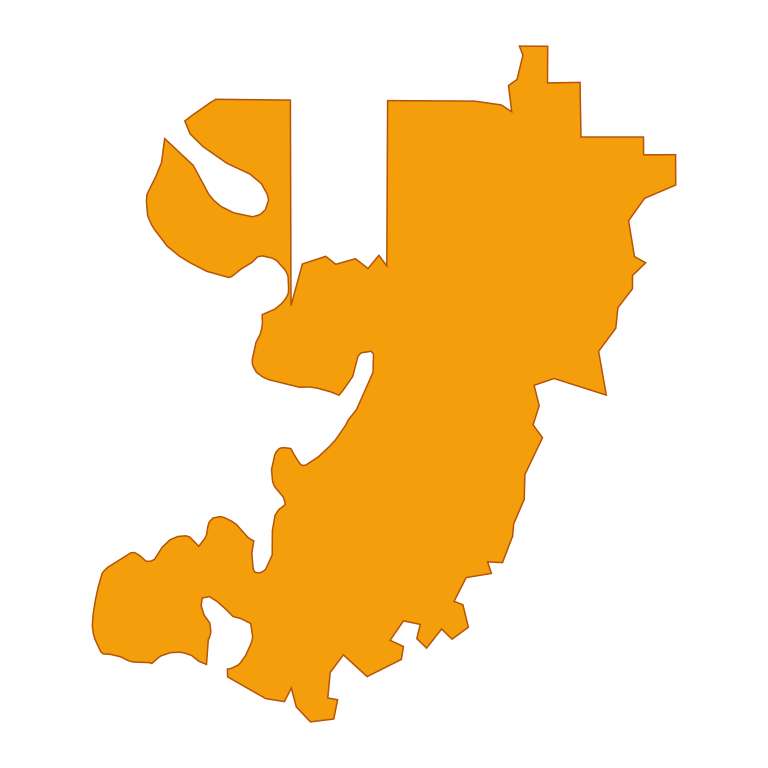 outline of Warren, Mississippi, United States of America
{"feature_id": "52423323B35376266327581", "entity_name": "Warren", "entity_type": "district", "adm_level": 2, "iso_a3": "USA", "parent_name": "United States of America", "parent_adm1": "Mississippi", "projection": "equal_earth", "projection_center": [-90.955, 32.349], "detail": "fine", "context": "isolated", "style": "filled", "palette": "amber", "viewbox_px": 768, "rotation_deg": 0, "n_neighbors": 0, "source": "geoboundaries", "source_scale": "gbopen_adm2", "svg_char_len": 3237}
<svg xmlns="http://www.w3.org/2000/svg" viewBox="0 0 768 768"><path d="M227.5,669.1L227.4,669.1L227.6,676.9L265.7,698.6L284.4,701.6L291.3,688.1L296.3,706.9L310.4,721.9L333.8,719.0L337.6,699.7L327.8,698.0L330.2,672.5L343.4,654.9L367.1,676.6L401.3,659.5L403.5,646.5L390.1,640.3L403.5,620.9L420.2,624.4L416.8,638.6L426.6,648.1L441.6,629.0L452.0,639.2L468.4,627.2L462.9,604.8L454.1,601.3L466.2,577.6L491.4,573.4L487.6,561.9L502.5,562.6L511.8,538.2L512.5,537.1L513.7,523.8L524.2,499.5L524.9,474.6L542.5,437.7L533.1,424.9L539.2,405.7L534.1,385.3L554.0,378.5L606.3,395.1L598.6,351.3L615.8,328.2L617.9,307.7L632.5,288.7L632.5,275.5L645.7,262.8L634.5,256.6L628.6,220.7L644.6,198.3L675.7,185.0L675.6,154.7L643.6,154.8L643.5,137.0L581.0,137.0L580.2,94.6L580.1,82.4L547.5,82.9L547.7,46.3L519.4,46.1L522.9,55.2L517.0,79.5L508.5,85.5L511.7,111.7L501.2,104.9L474.4,101.1L387.6,100.6L386.8,266.0L378.9,255.3L368.0,268.5L355.5,258.7L335.8,264.3L325.7,256.3L302.4,264.0L291.0,305.5L290.4,100.1L215.8,99.3L210.3,102.6L191.5,115.8L191.1,116.1L184.8,121.0L190.1,133.9L203.1,146.7L226.9,163.3L250.0,174.1L261.4,183.7L267.2,194.2L268.6,199.9L265.3,209.8L260.0,214.6L252.7,216.8L234.0,212.9L220.8,206.4L213.6,200.1L208.8,194.3L193.3,165.5L164.7,138.6L161.5,162.5L156.1,175.9L147.0,194.3L146.4,200.7L147.6,215.6L151.3,224.3L154.4,229.4L167.1,246.1L179.7,256.4L190.6,263.0L206.9,271.4L228.8,277.5L231.9,276.4L241.1,269.0L252.1,262.3L257.6,256.8L262.4,255.9L272.2,258.1L276.8,260.7L285.2,270.1L286.1,271.9L287.7,275.1L288.1,277.1L288.6,288.5L288.3,293.2L286.9,296.6L283.7,301.2L280.6,304.5L274.7,309.2L262.2,314.6L262.4,323.5L261.6,329.1L260.1,334.4L256.0,342.4L252.3,359.3L252.3,363.5L253.3,366.8L256.5,372.4L262.6,376.9L269.1,379.8L299.3,387.2L310.2,387.0L317.8,388.3L330.7,391.9L339.0,395.2L343.3,390.0L352.7,376.5L358.0,356.2L361.0,352.9L371.0,351.3L373.5,353.9L373.0,372.3L356.6,409.4L348.2,420.0L345.7,425.1L335.4,440.0L329.7,446.2L318.6,456.6L305.6,465.2L302.3,465.5L300.8,464.5L298.5,461.7L293.1,452.9L291.3,449.2L290.3,448.4L283.2,447.6L280.4,448.1L278.9,448.9L275.9,452.4L274.7,455.3L271.5,469.6L272.6,481.7L274.4,486.1L275.7,488.0L283.5,497.4L285.3,503.9L284.8,505.0L279.0,509.4L275.1,515.1L272.4,530.4L272.3,536.8L272.2,554.9L265.7,569.2L264.6,570.3L262.2,571.8L261.9,571.9L259.4,572.9L256.5,572.7L254.4,571.8L253.2,568.7L251.8,553.5L253.8,540.8L250.8,539.5L247.5,536.9L236.3,524.4L231.5,521.1L224.3,517.6L219.9,516.6L212.8,518.1L209.2,522.1L207.8,526.5L206.6,534.6L204.7,538.6L198.8,546.3L189.7,537.0L185.9,535.8L177.8,536.5L169.9,539.8L162.1,547.3L154.5,559.4L150.2,561.4L149.2,561.2L146.2,561.3L139.9,555.7L135.7,553.1L134.1,552.5L130.9,552.8L107.9,567.2L104.1,570.8L102.1,573.5L98.4,586.3L95.6,599.0L93.1,614.4L92.3,626.0L93.3,633.4L95.0,639.4L100.8,651.9L103.3,653.9L110.6,654.4L120.6,656.8L128.0,660.5L132.9,662.0L149.4,662.6L151.8,663.5L158.9,657.2L161.3,655.8L170.3,652.7L179.7,652.2L184.0,652.9L191.5,655.4L198.6,661.1L206.5,664.5L208.3,639.5L209.3,638.2L210.9,632.0L209.8,623.0L204.1,615.0L201.1,605.6L202.3,598.0L209.3,596.6L217.2,601.5L226.5,609.9L233.0,616.5L240.9,618.6L250.7,623.5L252.7,637.0L251.8,641.2L250.5,644.8L245.4,655.8L240.0,663.3L237.7,665.3L231.1,668.4L227.5,669.1Z" fill="#f59e0b" stroke="#b45309" stroke-width="1.5"/></svg>